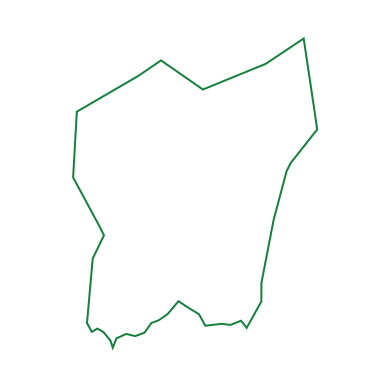 the district of Encanto, Rio Grande do Norte, Brazil, rotated 184°
{"feature_id": "56859067B83972038647680", "entity_name": "Encanto", "entity_type": "district", "adm_level": 2, "iso_a3": "BRA", "parent_name": "Brazil", "parent_adm1": "Rio Grande do Norte", "projection": "natural_earth1", "projection_center": [-38.305, -6.133], "detail": "fine", "context": "isolated", "style": "outline", "palette": "green", "viewbox_px": 384, "rotation_deg": 184, "n_neighbors": 0, "source": "geoboundaries", "source_scale": "gbopen_adm2", "svg_char_len": 606}
<svg xmlns="http://www.w3.org/2000/svg" viewBox="0 0 384 384"><g transform="rotate(184 192 192)"><path d="M128.0,60.3L115.2,87.6L116.4,106.2L108.6,170.1L99.0,219.7L95.5,227.9L71.5,263.1L76.0,283.9L91.3,352.9L127.4,325.0L188.3,295.0L232.1,321.1L253.5,304.2L312.5,264.1L311.6,198.2L282.1,151.6L276.8,142.7L286.4,118.7L287.6,54.0L282.2,45.5L277.0,49.1L270.7,46.2L263.0,38.1L260.2,31.1L257.2,40.7L247.8,45.8L238.5,44.3L229.5,48.4L223.4,58.5L216.4,61.6L207.9,68.4L197.9,82.1L188.0,76.5L176.5,70.6L169.4,59.5L153.5,62.5L144.3,62.1L134.1,67.0L128.0,60.3Z" fill="none" stroke="#15803d" stroke-width="2"/></g></svg>